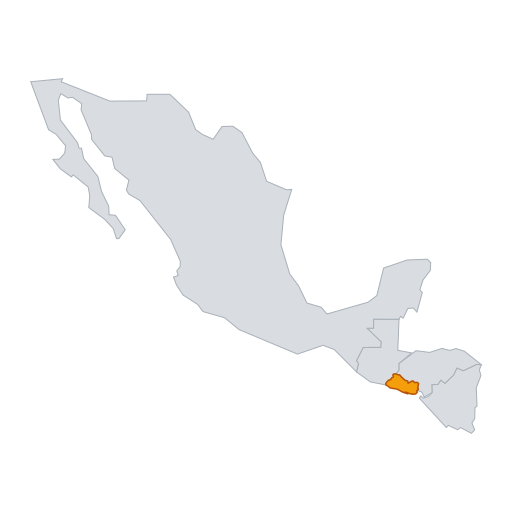 El Salvador highlighted, Natural Earth projection
{"feature_id": "SLV", "entity_name": "El Salvador", "entity_type": "country or territory", "adm_level": 0, "iso_a3": "SLV", "parent_name": "North America", "parent_adm1": "", "projection": "natural_earth1", "projection_center": [-88.816, 13.798], "detail": "fine", "context": "with_neighbors", "style": "filled", "palette": "amber", "viewbox_px": 512, "rotation_deg": 0, "n_neighbors": 4, "source": "natural_earth", "source_scale": "50m", "svg_char_len": 3425}
<svg xmlns="http://www.w3.org/2000/svg" viewBox="0 0 512 512"><path d="M30.7,81.7L62.6,78.7L61.2,81.8L109.9,101.1L146.7,100.9L147.1,94.3L169.9,94.3L188.6,112.2L195.6,129.5L202.3,134.4L213.2,139.3L222.0,126.5L232.8,126.2L242.0,132.6L252.7,153.2L260.4,162.4L266.6,181.3L286.5,189.8L291.7,189.4L283.7,215.2L280.9,244.7L289.7,273.9L298.6,285.9L306.9,303.0L321.3,307.3L326.9,314.0L368.1,302.2L376.8,295.6L383.6,268.0L407.2,260.0L427.4,259.2L430.7,262.6L430.3,270.4L423.0,280.0L419.8,289.8L422.3,292.6L416.9,312.1L413.4,308.0L407.9,308.5L403.1,318.2L400.6,316.3L399.0,319.4L373.6,319.3L373.6,328.3L367.4,328.4L381.3,341.9L380.9,347.4L363.3,347.5L356.7,360.6L358.6,363.6L356.6,372.0L334.2,349.5L323.0,345.3L297.4,354.1L239.2,329.7L224.5,317.7L203.0,311.6L197.5,304.3L183.1,295.1L176.5,285.0L173.5,277.1L178.1,275.5L176.8,270.9L180.1,266.7L180.3,261.2L170.6,239.4L140.0,200.6L128.7,194.0L126.4,190.1L128.9,180.1L114.7,168.5L112.0,157.2L104.8,155.9L91.7,139.5L91.4,134.5L81.1,109.9L81.7,103.7L72.5,97.3L68.1,98.0L60.8,93.6L58.3,100.1L60.4,120.0L77.6,142.8L79.1,148.3L81.5,148.1L83.6,158.5L97.9,176.6L101.6,191.6L108.7,206.2L109.1,214.7L115.5,215.3L125.2,229.8L118.9,238.6L116.5,238.6L113.3,228.7L104.9,219.5L88.8,207.6L89.8,195.8L88.2,187.1L73.3,174.9L71.4,176.9L60.2,168.8L52.9,159.4L59.4,159.1L64.7,153.1L65.6,145.8L56.1,134.3L48.6,129.8L30.7,81.7Z" fill="#d9dde1" stroke="#a8b0b8" stroke-width="1"/><path d="M474.7,429.9L471.4,433.3L460.6,427.6L457.5,429.7L448.4,425.4L446.3,427.5L419.3,398.2L420.8,395.8L423.1,398.2L428.4,396.4L432.1,392.6L431.8,384.7L437.9,384.4L440.9,380.1L444.9,383.3L453.6,375.0L456.9,368.0L463.4,370.7L476.6,364.4L481.3,364.7L479.4,369.8L480.9,375.7L476.3,387.7L477.0,406.1L475.0,407.7L474.7,418.8L471.9,422.9L474.7,429.9Z" fill="#d9dde1" stroke="#a8b0b8" stroke-width="1"/><path d="M481.3,364.7L476.6,364.4L463.4,370.7L456.9,368.0L453.6,375.0L444.9,383.3L440.9,380.1L437.9,384.4L431.8,384.7L432.1,392.6L424.1,397.0L421.7,392.0L417.6,390.6L418.5,384.2L416.6,382.4L407.8,383.2L396.1,373.9L399.0,369.8L398.8,363.6L416.0,350.7L429.7,352.4L442.0,348.4L449.7,350.4L456.0,348.6L464.4,351.2L481.3,364.7Z" fill="#d9dde1" stroke="#a8b0b8" stroke-width="1"/><path d="M356.6,372.0L358.6,363.6L356.7,360.6L363.3,347.5L380.9,347.4L381.3,341.9L367.4,328.4L373.6,328.3L373.6,319.3L399.0,319.4L397.8,350.3L411.6,352.9L398.8,363.6L399.0,369.8L396.1,373.9L392.9,374.9L393.6,376.8L385.9,385.0L370.3,381.9L356.6,372.0Z" fill="#d9dde1" stroke="#a8b0b8" stroke-width="1"/><path d="M396.0,374.0L396.3,374.1L398.6,374.9L399.3,374.8L400.2,375.4L400.6,375.9L401.0,376.6L402.8,378.1L403.1,378.7L404.4,379.5L405.0,380.2L405.6,380.5L406.7,380.7L407.7,381.0L407.8,381.3L407.9,382.2L408.1,383.1L408.5,383.1L409.1,382.7L410.9,381.6L412.6,380.9L413.6,381.3L414.2,382.2L414.8,382.6L416.2,382.4L417.4,382.5L418.4,383.3L418.6,383.7L418.0,386.3L417.8,387.5L417.7,388.4L418.1,388.7L418.4,389.0L418.3,389.5L417.3,390.4L416.9,390.6L417.2,392.2L416.4,393.2L415.7,393.9L414.4,394.1L412.2,394.2L409.0,393.4L406.6,392.3L405.3,392.3L405.7,392.6L406.7,392.8L408.1,393.6L407.7,393.8L402.8,392.2L397.1,389.1L393.8,388.6L389.9,387.8L387.6,385.8L385.9,384.9L385.8,384.2L385.8,383.4L386.6,382.3L388.0,380.7L389.0,380.0L389.4,379.8L390.1,379.9L390.7,379.5L391.2,378.4L391.7,377.8L393.1,377.1L393.4,376.8L393.3,376.2L393.0,375.1L393.1,374.4L393.5,374.1L394.1,374.1L395.2,373.8L395.7,373.8L396.0,374.0Z" fill="#f59e0b" stroke="#b45309" stroke-width="1.5"/></svg>